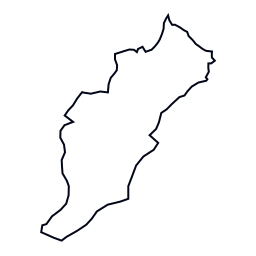 Kannaviou, Paphos, Cyprus (Robinson projection)
{"feature_id": "46923920B99178122157900", "entity_name": "Kannaviou", "entity_type": "district", "adm_level": 2, "iso_a3": "CYP", "parent_name": "Cyprus", "parent_adm1": "Paphos", "projection": "robinson", "projection_center": [32.575, 34.907], "detail": "fine", "context": "isolated", "style": "outline", "palette": "ink", "viewbox_px": 256, "rotation_deg": 0, "n_neighbors": 0, "source": "geoboundaries", "source_scale": "gbopen_adm2", "svg_char_len": 1293}
<svg xmlns="http://www.w3.org/2000/svg" viewBox="0 0 256 256"><path d="M82.1,92.2L77.3,98.3L73.0,105.3L68.3,110.3L64.7,115.5L73.1,121.9L64.5,125.2L60.5,130.8L60.3,137.7L64.0,144.6L65.0,152.3L61.7,160.0L62.0,166.4L62.5,173.3L66.8,180.7L68.8,186.1L68.6,195.3L66.2,203.7L60.5,209.9L52.0,216.3L46.4,224.1L42.3,225.3L41.2,232.2L53.9,237.8L61.6,240.6L66.6,236.8L77.0,230.9L86.3,224.7L90.5,220.1L91.5,219.1L96.9,211.4L107.6,204.7L120.3,201.6L128.3,198.8L128.3,188.0L128.3,186.2L132.0,176.5L136.1,165.5L143.4,156.5L153.7,149.8L158.2,142.9L149.6,135.2L156.1,129.0L158.9,122.4L161.3,112.9L166.7,109.3L171.9,104.0L176.7,99.6L179.4,97.1L184.5,95.5L187.4,91.4L191.7,86.6L198.5,82.5L206.3,80.7L207.4,79.2L205.8,77.3L208.8,71.8L208.3,67.8L208.4,63.4L211.2,63.4L214.8,60.7L211.9,57.5L211.8,53.0L212.0,51.5L206.0,50.8L202.5,48.9L198.7,46.0L195.8,44.0L192.9,40.3L188.6,36.0L187.2,31.9L183.9,30.2L179.8,27.3L174.9,24.7L172.2,24.9L169.4,20.4L168.1,15.4L167.6,16.2L166.0,18.7L163.9,23.1L163.6,28.8L161.9,34.2L159.8,39.4L157.7,42.9L154.8,46.5L151.6,49.7L145.6,51.8L142.5,46.8L138.0,49.0L136.9,52.1L134.0,49.8L129.4,49.5L123.5,51.3L115.0,54.0L115.0,59.4L117.1,65.2L116.8,70.2L114.4,73.5L110.7,77.9L108.6,84.3L107.9,92.4L100.3,91.5L90.9,93.7L82.3,92.4L82.1,92.2Z" fill="none" stroke="#020617" stroke-width="2"/></svg>